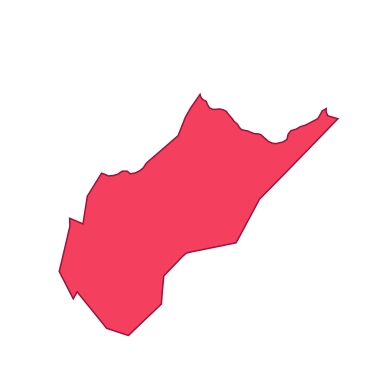 Anísio de Abreu, Piauí, Brazil (orthographic projection), rotated 231°
{"feature_id": "56859067B66388325909617", "entity_name": "Anísio de Abreu", "entity_type": "district", "adm_level": 2, "iso_a3": "BRA", "parent_name": "Brazil", "parent_adm1": "Piauí", "projection": "orthographic", "projection_center": [-43.027, -9.241], "detail": "fine", "context": "isolated", "style": "filled", "palette": "rose", "viewbox_px": 384, "rotation_deg": 231, "n_neighbors": 0, "source": "geoboundaries", "source_scale": "gbopen_adm2", "svg_char_len": 1162}
<svg xmlns="http://www.w3.org/2000/svg" viewBox="0 0 384 384"><g transform="rotate(231 192 192)"><path d="M248.6,80.4L242.2,75.5L236.9,68.7L223.7,51.7L213.8,38.8L183.7,32.5L186.7,39.9L170.3,39.9L139.7,39.9L128.7,47.0L120.5,52.3L121.9,68.8L124.2,97.7L133.0,106.0L142.0,114.8L144.5,117.2L147.9,143.8L148.1,149.0L146.0,153.6L124.8,194.3L126.8,199.2L143.9,239.8L148.9,283.3L157.1,351.5L165.8,345.5L169.9,346.6L172.3,348.8L173.1,344.4L171.4,340.2L169.8,335.9L172.6,322.1L174.6,317.2L175.2,312.7L177.4,307.5L176.4,303.1L173.1,298.8L173.7,294.0L176.7,287.8L179.1,285.3L183.0,283.3L189.0,282.2L192.9,281.7L195.4,280.2L198.0,277.2L201.9,275.0L204.4,273.7L209.2,269.7L212.4,269.5L216.0,270.0L220.2,269.2L224.6,269.4L230.1,269.2L233.3,269.4L236.0,268.1L239.2,265.7L241.4,262.3L243.4,259.9L246.5,258.5L250.4,259.1L253.6,260.1L256.8,258.6L260.1,258.6L262.8,259.7L258.1,243.7L254.3,234.0L244.5,216.6L243.3,177.8L243.1,174.5L241.4,169.3L241.4,164.7L242.5,159.9L245.0,155.5L249.0,154.7L252.1,150.9L252.6,145.1L254.4,141.1L257.1,137.1L261.1,135.1L263.5,133.5L254.6,108.0L245.1,97.5L241.7,93.7L235.8,87.2L248.6,80.4Z" fill="#f43f5e" stroke="#9f1239" stroke-width="1.5"/></g></svg>